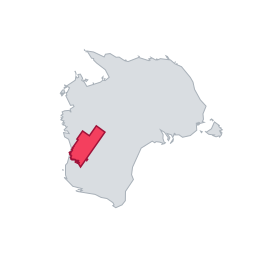 East Pilbara, Western Australia, Australia (highlighted), rotated 305°
{"feature_id": "25037944B14743311013482", "entity_name": "East Pilbara", "entity_type": "district", "adm_level": 2, "iso_a3": "AUS", "parent_name": "Australia", "parent_adm1": "Western Australia", "projection": "natural_earth1", "projection_center": [120.361, -21.612], "detail": "fine", "context": "in_parent", "style": "filled", "palette": "rose", "viewbox_px": 256, "rotation_deg": 305, "n_neighbors": 0, "source": "geoboundaries", "source_scale": "gbopen_adm2", "svg_char_len": 5056}
<svg xmlns="http://www.w3.org/2000/svg" viewBox="0 0 256 256"><g transform="rotate(305 128 128)"><path d="M170.5,56.2L172.5,67.7L175.5,67.2L178.7,70.6L179.1,77.6L181.0,80.1L181.2,86.6L182.5,90.0L191.9,96.3L195.2,106.7L196.3,107.2L196.6,105.4L198.6,107.2L199.0,106.3L199.6,111.6L200.7,113.1L203.4,114.8L208.1,123.7L207.5,129.6L208.9,136.7L205.2,150.0L202.9,154.9L197.8,160.4L192.5,171.2L190.7,179.4L182.6,181.3L178.4,184.8L175.9,185.2L176.4,187.2L172.8,184.2L173.4,183.6L173.3,182.8L172.6,182.8L171.2,184.1L170.3,183.3L171.9,182.1L171.1,181.2L165.6,185.6L157.6,183.4L151.7,178.0L151.7,173.8L149.0,170.0L150.2,170.2L150.2,169.0L145.9,170.2L147.3,167.4L145.9,163.2L144.1,167.9L140.9,168.4L141.5,166.8L143.0,166.8L145.4,160.4L145.1,155.6L142.7,160.6L139.5,162.6L137.2,165.6L137.4,167.1L136.2,166.9L134.2,165.2L135.5,165.2L134.7,162.2L132.9,158.8L131.3,158.4L131.1,155.4L119.1,150.3L98.5,154.2L91.8,157.7L88.9,162.0L74.6,162.3L66.9,167.5L61.6,167.2L55.7,163.7L55.6,160.1L57.0,160.7L58.2,158.5L58.2,151.3L55.7,145.8L54.7,139.0L47.8,124.7L50.5,126.2L48.9,121.9L50.0,124.5L52.0,125.2L48.6,116.3L50.9,104.0L51.5,106.9L53.7,103.7L61.8,98.1L64.6,98.4L79.2,93.0L84.7,85.8L84.4,81.1L87.3,77.8L89.7,83.0L90.9,80.1L89.4,78.0L89.9,76.7L94.6,77.6L93.1,77.1L94.1,75.0L93.3,73.2L95.8,73.0L94.9,71.6L97.1,71.4L96.3,69.5L98.2,67.3L98.3,68.6L99.8,68.4L100.0,65.9L102.1,66.8L103.4,64.8L105.7,66.2L108.7,69.7L108.2,72.4L110.3,69.8L114.6,71.5L115.5,70.0L113.6,67.9L118.8,58.5L119.8,59.1L121.6,56.8L122.1,57.8L127.4,57.0L127.3,54.8L123.8,53.1L124.4,52.5L136.9,57.4L140.6,55.6L139.7,57.5L141.2,58.5L143.1,56.3L144.8,58.1L142.7,62.3L140.5,62.7L140.6,65.7L138.4,70.5L149.7,79.1L152.8,80.0L153.7,82.1L158.8,83.5L162.7,76.0L163.2,65.1L163.9,61.0L165.2,60.0L164.3,58.1L167.6,50.3L170.5,56.2ZM169.4,194.5L175.2,196.8L182.6,195.3L182.4,201.8L182.0,200.7L181.2,202.0L180.6,206.3L178.2,204.6L176.2,208.5L173.1,208.2L173.8,207.1L171.3,205.2L170.5,201.9L171.7,202.5L169.2,197.9L169.4,194.5ZM117.9,52.6L121.5,52.6L122.6,53.8L120.2,56.1L117.9,52.6ZM139.4,171.5L145.6,171.3L142.9,172.4L139.4,171.5ZM143.7,65.1L144.4,67.5L142.1,67.1L142.5,65.4L143.7,65.1ZM207.8,122.6L207.9,119.9L208.9,117.7L209.2,119.3L207.8,122.6ZM181.3,190.6L183.3,191.2L183.3,192.1L181.3,190.6ZM117.5,53.3L118.7,55.6L116.4,55.4L117.5,53.3ZM167.5,191.0L166.3,190.8L167.1,189.2L167.5,191.0ZM155.7,78.1L154.5,78.8L153.4,79.2L154.0,77.9L155.7,78.1ZM47.8,124.1L46.9,122.8L46.8,121.6L47.0,121.5L47.8,124.1ZM182.8,193.0L183.5,193.6L182.0,193.1L182.8,193.0ZM200.3,111.9L201.1,111.9L201.1,113.1L200.3,111.9ZM181.5,86.5L182.5,87.2L182.3,87.6L181.5,86.5ZM177.9,206.9L177.9,207.9L177.1,207.6L177.9,206.9ZM208.7,130.6L208.7,132.1L208.7,130.6ZM127.1,52.5L126.5,51.8L126.9,51.5L127.1,52.5ZM144.0,52.6L143.1,53.8L144.2,51.7L144.0,52.6ZM209.0,128.8L208.5,129.3L208.8,128.8L209.0,128.8ZM145.0,74.0L144.5,74.3L144.8,73.7L145.0,74.0ZM141.9,65.1L141.3,65.2L141.7,64.4L141.9,65.1ZM56.6,98.1L56.4,99.1L56.1,99.0L56.6,98.1ZM166.6,49.7L166.5,50.5L166.3,49.9L166.6,49.7ZM172.5,183.2L172.6,183.7L172.4,183.5L172.5,183.2ZM142.9,54.1L141.7,54.9L142.9,53.9L142.9,54.1ZM96.4,68.3L96.0,68.9L96.3,68.2L96.4,68.3ZM178.4,206.1L178.0,206.3L178.2,205.9L178.4,206.1ZM155.1,80.9L154.4,80.9L154.8,80.4L155.1,80.9ZM94.0,72.6L93.6,72.9L93.6,72.1L94.0,72.6ZM181.5,203.9L181.0,204.2L181.2,203.6L181.5,203.9ZM167.0,47.5L166.9,48.1L166.6,47.8L167.0,47.5ZM172.2,183.9L172.7,184.3L171.8,184.2L172.2,183.9ZM193.1,96.2L192.7,96.3L192.9,95.6L193.1,96.2ZM196.2,105.3L196.2,104.8L196.2,105.3ZM169.7,193.7L169.5,194.1L169.4,193.6L169.7,193.7Z" fill="#d9dde1" stroke="#a8b0b8" stroke-width="1"/><path d="M68.8,111.5L70.4,111.5L70.4,111.4L70.6,111.4L70.6,111.5L71.9,111.5L74.7,111.5L76.6,111.5L78.3,111.5L78.3,111.8L78.3,112.0L78.2,112.2L78.2,112.3L77.8,112.9L78.5,112.9L79.2,112.9L79.2,111.5L81.2,111.5L83.1,111.5L85.2,111.5L87.4,111.5L89.6,111.5L91.8,111.5L94.0,111.5L95.5,111.5L97.3,111.5L99.3,111.5L106.7,111.5L109.4,111.5L111.4,111.5L111.6,100.8L99.5,100.8L99.5,92.5L91.4,92.5L89.6,92.5L89.6,93.9L82.0,93.9L82.0,94.2L81.2,94.2L80.9,94.1L80.9,93.9L79.7,93.9L79.7,94.5L78.3,94.5L78.3,94.3L77.9,94.3L77.8,95.2L77.1,95.2L76.9,95.2L75.4,95.2L75.4,94.6L75.2,94.6L74.9,94.6L74.7,94.7L74.6,94.8L74.6,94.7L74.5,94.8L74.4,94.8L74.2,94.7L74.2,94.8L74.1,94.7L74.1,94.8L74.1,95.0L73.9,95.0L73.9,94.9L73.8,95.0L73.7,95.1L73.5,95.3L73.4,95.3L73.4,95.2L73.4,95.3L73.4,95.2L73.2,95.2L73.1,96.7L72.7,96.7L72.7,97.7L71.8,97.7L71.0,97.7L71.0,97.9L71.0,98.0L70.7,98.0L70.7,98.8L70.3,98.8L70.3,99.0L70.4,99.3L69.8,99.3L69.8,100.4L70.3,100.4L70.4,100.5L70.4,100.8L70.6,101.5L71.3,101.5L71.3,102.1L71.3,102.5L71.6,102.5L71.6,102.9L71.8,102.9L71.8,103.7L71.3,103.7L71.3,104.1L71.1,104.1L71.1,104.4L71.1,104.5L70.1,104.5L70.1,104.3L69.9,104.3L69.9,104.7L70.0,104.7L70.0,104.8L70.3,104.8L71.0,104.8L72.0,104.9L72.0,105.4L71.8,105.4L71.8,105.5L72.6,105.5L72.7,106.0L72.8,106.0L72.8,106.3L71.9,106.3L71.6,106.3L70.5,106.4L70.1,106.3L70.1,106.6L70.5,106.6L70.5,106.8L71.1,106.8L71.1,107.2L71.6,107.2L71.6,107.9L70.4,107.9L70.1,108.6L68.8,111.5Z" fill="#f43f5e" stroke="#9f1239" stroke-width="1.5"/></g></svg>